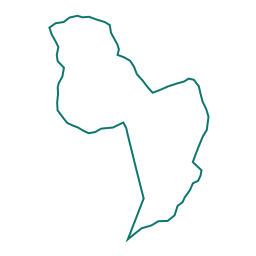 Campestre, Alagoas, Brazil (orthographic projection), rotated 181°
{"feature_id": "56859067B46779863168741", "entity_name": "Campestre", "entity_type": "district", "adm_level": 2, "iso_a3": "BRA", "parent_name": "Brazil", "parent_adm1": "Alagoas", "projection": "orthographic", "projection_center": [-35.539, -8.885], "detail": "fine", "context": "isolated", "style": "outline", "palette": "teal", "viewbox_px": 256, "rotation_deg": 181, "n_neighbors": 0, "source": "geoboundaries", "source_scale": "gbopen_adm2", "svg_char_len": 1067}
<svg xmlns="http://www.w3.org/2000/svg" viewBox="0 0 256 256"><g transform="rotate(181 128 128)"><path d="M72.2,54.7L70.0,59.7L65.0,67.0L62.1,73.9L57.0,76.4L54.6,81.8L53.8,87.0L62.6,95.1L60.5,101.2L57.5,109.4L53.0,121.0L49.2,127.4L47.7,140.6L50.1,148.2L53.8,155.5L56.0,163.1L57.9,170.9L63.1,177.4L68.2,178.4L73.1,175.3L79.1,173.6L88.4,170.4L97.8,166.1L104.0,163.7L109.2,169.3L114.1,175.6L120.1,182.0L123.0,189.3L127.1,195.3L133.4,198.7L139.7,200.9L138.5,206.6L140.2,211.5L146.7,223.0L148.0,230.6L153.3,233.6L161.6,236.0L168.8,238.5L175.3,237.9L180.6,239.3L188.4,237.4L194.2,232.8L202.2,231.5L208.3,227.0L205.9,220.1L201.6,212.8L199.0,207.7L200.5,199.8L199.5,193.6L193.1,187.2L194.5,178.2L197.9,172.0L199.0,167.2L198.5,161.2L199.3,152.0L198.7,144.4L192.5,136.4L188.8,132.0L183.0,129.4L178.2,127.7L172.3,124.4L167.2,122.1L160.6,123.4L154.7,126.9L143.1,128.2L132.8,133.4L129.8,128.0L128.3,121.8L118.6,85.3L111.1,57.8L126.2,16.7L118.7,23.0L112.6,28.0L102.9,31.0L96.0,35.3L86.7,35.8L79.9,41.5L77.0,51.1L72.2,54.7Z" fill="none" stroke="#0f766e" stroke-width="2"/></g></svg>